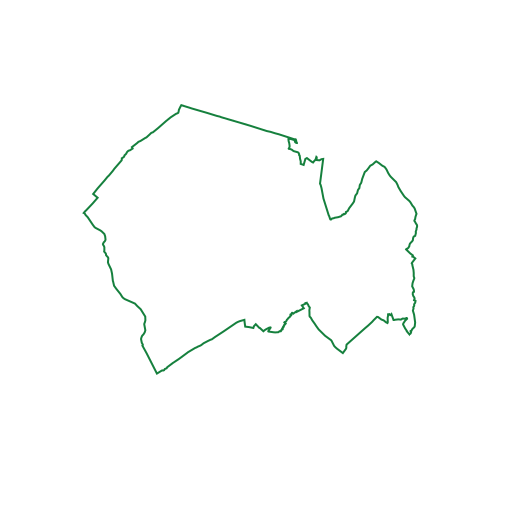 Preutesti, Suceava, Romania (Mercator projection), rotated 224°
{"feature_id": "2599482B63843980384548", "entity_name": "Preutesti", "entity_type": "district", "adm_level": 2, "iso_a3": "ROU", "parent_name": "Romania", "parent_adm1": "Suceava", "projection": "mercator", "projection_center": [26.401, 47.454], "detail": "fine", "context": "isolated", "style": "outline", "palette": "green", "viewbox_px": 512, "rotation_deg": 224, "n_neighbors": 0, "source": "geoboundaries", "source_scale": "gbopen_adm2", "svg_char_len": 6088}
<svg xmlns="http://www.w3.org/2000/svg" viewBox="0 0 512 512"><g transform="rotate(224 256 256)"><path d="M275.1,372.5L276.2,371.0L276.8,368.9L279.1,367.1L280.9,369.2L281.4,369.2L280.3,367.0L280.1,366.2L280.1,364.8L279.9,362.9L281.2,362.5L287.4,361.8L287.9,360.1L285.0,354.6L287.8,353.3L289.6,355.2L291.8,356.5L294.2,358.5L295.2,358.6L295.6,359.2L297.2,359.8L298.1,359.6L301.6,357.7L303.0,357.4L303.9,357.4L305.5,356.8L306.9,355.9L307.1,356.0L307.3,357.0L307.8,358.0L308.6,358.8L310.4,360.2L312.3,361.3L314.0,362.7L314.0,362.9L313.6,363.3L312.3,364.3L308.8,366.1L306.9,365.1L305.6,365.3L305.1,365.7L305.3,365.9L306.4,366.2L307.6,367.1L308.4,367.5L308.7,367.4L309.5,366.6L324.2,359.4L327.4,357.6L331.8,355.4L335.0,353.4L350.8,345.6L377.4,331.7L378.9,331.1L381.4,329.6L390.7,324.9L404.9,317.4L406.8,316.5L414.5,312.6L414.1,311.0L413.0,307.6L411.9,306.0L411.4,305.0L411.7,304.0L412.3,302.7L413.7,296.5L414.4,290.9L415.3,279.9L416.1,273.3L416.7,272.2L416.9,271.4L416.9,269.8L417.2,265.1L417.6,264.2L419.0,258.5L419.9,256.4L419.9,255.2L420.2,252.9L420.9,248.1L419.4,247.6L420.1,244.5L420.8,243.3L421.0,242.2L420.9,240.8L420.5,239.7L420.4,239.1L420.5,237.0L419.9,235.9L419.9,235.4L420.2,233.6L420.4,233.1L419.2,231.7L419.1,231.3L418.5,220.4L418.1,217.6L417.7,211.7L417.8,209.8L417.4,205.0L416.9,194.6L416.2,187.5L410.4,187.9L410.0,180.3L409.9,170.6L410.0,169.3L409.8,167.3L408.8,167.6L406.9,167.1L404.0,167.0L395.2,165.1L392.1,164.6L390.8,164.8L386.0,166.2L384.3,166.5L380.4,166.5L378.2,165.4L375.8,163.4L375.4,162.9L375.0,161.6L375.0,160.0L374.4,158.2L373.6,157.8L372.6,157.6L371.2,157.0L369.6,155.3L369.3,155.1L368.3,153.7L366.0,153.5L365.3,153.2L364.3,152.4L361.4,152.2L360.6,151.7L358.1,148.6L356.6,147.8L350.9,145.7L347.3,143.3L341.6,138.6L341.1,138.4L337.4,136.0L333.5,135.3L327.2,134.5L323.6,133.6L322.0,133.6L320.3,133.9L310.0,137.7L306.8,137.5L302.0,137.6L293.6,135.5L290.9,132.9L290.1,131.5L289.3,129.7L288.9,129.2L284.0,125.7L283.5,124.7L283.0,123.7L282.5,121.4L282.5,119.7L282.2,118.7L281.5,117.2L281.0,116.4L277.8,114.2L276.4,113.8L275.7,113.5L275.4,113.0L275.4,112.6L267.0,110.0L245.6,102.6L244.1,108.4L243.9,108.7L243.3,109.0L242.8,110.0L243.1,111.4L242.3,113.1L242.6,114.3L241.5,121.3L239.9,128.5L238.2,138.6L238.1,139.5L235.9,147.6L235.3,148.9L234.8,150.6L233.9,152.6L233.5,153.9L233.1,156.8L231.5,161.6L230.5,164.3L229.9,165.3L229.2,169.3L226.9,179.4L223.8,194.4L223.2,196.1L222.4,197.9L220.0,202.0L218.0,200.3L214.7,197.7L211.8,199.9L207.9,202.4L208.7,204.0L208.8,206.8L203.6,206.6L203.2,206.9L198.4,207.0L198.3,208.4L198.0,209.8L196.8,213.5L196.1,214.6L195.9,214.7L195.7,214.6L195.0,210.6L194.8,210.3L194.6,210.3L189.9,213.7L188.9,214.6L187.0,216.7L186.8,218.3L185.9,219.0L185.9,219.5L186.3,219.8L186.4,220.2L186.3,220.6L185.9,221.7L186.0,221.9L186.3,221.8L186.7,221.9L186.7,222.5L186.8,222.8L187.0,223.0L186.8,223.7L187.4,224.1L187.4,224.3L187.1,224.5L187.2,225.0L187.8,225.7L187.8,226.1L187.6,226.4L187.6,226.8L187.8,227.2L187.7,227.5L187.7,227.9L189.1,227.8L189.5,227.9L189.5,228.4L188.9,228.8L189.0,230.2L189.5,231.7L189.4,232.2L189.6,234.0L189.5,234.8L189.3,235.3L189.4,235.7L189.6,236.0L189.6,236.4L189.5,237.2L189.5,237.6L190.3,237.6L190.5,237.7L190.6,237.9L190.5,238.2L189.9,238.5L190.0,239.1L190.6,239.9L190.6,240.2L190.5,240.3L189.1,240.5L189.0,241.5L188.4,244.5L187.9,244.1L185.3,251.6L188.7,252.3L187.1,256.5L187.6,256.7L187.0,257.6L186.6,257.3L185.0,257.3L183.2,256.5L181.5,256.3L180.0,254.1L178.6,252.8L176.3,250.5L175.8,250.0L175.2,249.7L173.8,249.7L170.8,248.8L166.9,248.1L163.8,247.4L159.9,246.7L150.9,246.6L143.5,247.6L142.8,247.5L137.3,245.6L135.5,245.5L133.3,245.6L126.1,246.5L126.8,251.6L127.1,252.4L127.7,253.2L128.2,253.6L129.3,255.2L127.4,279.9L127.0,283.8L126.7,289.4L126.8,291.5L126.7,296.3L125.8,296.9L121.7,297.4L119.4,298.4L116.5,298.6L114.9,299.1L115.2,299.9L118.4,303.0L119.6,304.9L120.5,305.8L119.6,306.9L118.9,306.7L118.3,306.7L118.0,307.1L118.0,307.5L118.1,308.2L112.6,305.5L112.1,306.0L111.8,306.6L109.6,309.3L107.6,310.9L107.1,312.8L105.0,314.7L104.8,315.8L104.5,316.1L103.9,316.0L103.7,315.8L103.8,313.1L103.6,312.0L103.3,310.3L103.0,309.4L102.6,308.9L98.4,307.5L95.5,306.9L95.3,306.6L91.4,306.2L91.5,306.4L91.4,306.7L91.0,307.1L91.0,307.8L91.6,309.1L91.8,309.2L92.5,309.2L92.7,309.4L92.3,310.4L92.7,311.5L92.8,312.6L92.7,314.7L93.0,315.7L95.3,318.7L101.5,323.6L105.2,325.7L106.2,327.6L107.3,328.5L107.5,329.8L107.8,330.3L108.6,331.0L108.9,331.8L109.0,332.9L110.1,334.6L110.4,334.6L111.6,334.0L112.5,335.7L113.5,336.2L114.8,336.4L116.6,337.3L117.6,338.4L117.9,338.9L117.5,340.0L118.2,340.7L119.5,341.6L122.6,342.7L124.5,345.2L125.7,347.7L126.4,349.5L126.8,350.1L128.5,351.0L130.8,353.4L133.2,355.5L137.0,357.9L137.8,358.6L138.9,358.9L139.1,359.5L139.7,364.9L142.1,364.7L143.1,364.2L143.6,365.4L146.8,365.0L152.6,365.0L152.7,365.6L152.2,366.6L152.1,367.8L152.3,368.6L152.5,369.5L153.1,370.3L153.8,371.7L153.9,372.9L153.9,375.1L154.1,376.2L155.4,378.0L155.9,379.0L156.0,379.5L155.9,380.1L155.6,380.7L155.5,381.1L157.0,383.7L157.6,384.1L158.0,384.5L159.0,386.6L159.8,387.5L160.1,388.3L160.9,389.5L161.8,390.1L162.4,390.3L163.3,390.4L165.4,391.1L166.5,391.3L166.8,391.7L167.2,393.1L168.4,394.8L169.6,397.2L169.8,397.8L174.9,400.4L176.7,400.8L178.5,400.9L182.2,401.9L183.9,402.1L189.8,401.8L191.3,402.0L196.9,403.2L201.5,404.5L203.6,405.5L206.5,406.5L213.9,406.6L215.7,406.8L218.5,407.5L222.3,408.9L224.5,409.3L225.5,409.4L227.8,408.7L232.5,408.2L235.3,407.6L235.5,406.5L235.7,402.9L236.5,400.4L236.4,399.4L236.1,397.5L235.8,394.4L236.1,392.0L233.2,385.3L231.4,382.2L231.0,381.2L230.9,380.2L230.6,379.1L228.8,376.6L228.6,374.7L228.4,374.1L226.8,371.3L226.5,368.6L225.6,366.9L223.4,363.4L223.2,362.7L222.9,361.0L222.2,355.2L221.3,352.0L221.6,350.8L221.9,350.2L221.8,349.9L221.2,349.4L221.2,349.1L221.1,348.7L221.3,347.8L222.0,347.3L221.8,346.6L222.5,345.9L222.6,345.7L222.4,345.1L222.5,343.4L223.1,342.5L223.8,341.1L224.6,340.0L226.0,338.1L226.3,337.2L227.3,335.9L227.4,334.3L227.8,334.0L228.4,334.1L231.0,335.5L232.0,335.8L247.4,344.2L256.0,350.3L258.8,352.0L260.2,352.5L275.1,372.5Z" fill="none" stroke="#15803d" stroke-width="2"/></g></svg>